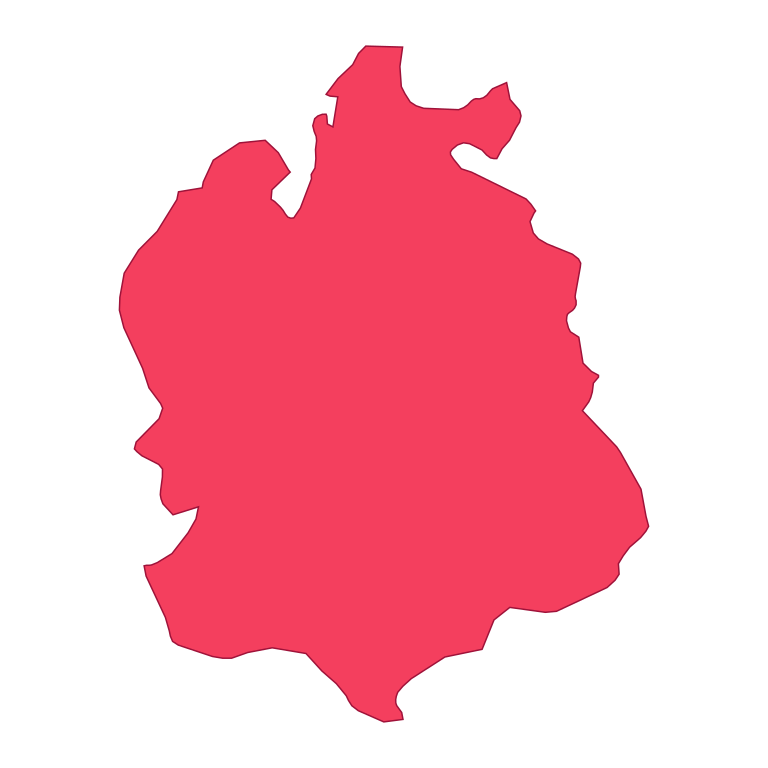 an SVG outline of Zürich
{"feature_id": "CHE-176", "entity_name": "Zürich", "entity_type": "Canton", "adm_level": 1, "iso_a3": "CHE", "parent_name": "Switzerland", "parent_adm1": "", "projection": "orthographic", "projection_center": [8.664, 47.43], "detail": "fine", "context": "isolated", "style": "filled", "palette": "rose", "viewbox_px": 768, "rotation_deg": 0, "n_neighbors": 0, "source": "natural_earth", "source_scale": "10m", "svg_char_len": 2511}
<svg xmlns="http://www.w3.org/2000/svg" viewBox="0 0 768 768"><path d="M332.9,126.9L337.8,96.8L330.0,96.1L326.1,94.4L326.2,94.2L338.1,78.5L352.7,64.7L358.6,53.4L365.8,46.1L402.6,47.1L399.9,66.5L401.3,86.6L404.9,93.7L410.2,102.0L416.1,105.8L423.7,108.3L458.6,109.7L463.7,107.7L467.7,104.9L471.3,101.1L473.8,99.3L475.9,98.7L479.5,98.9L483.3,97.8L486.8,95.3L490.6,90.7L492.6,88.7L506.6,82.6L510.0,99.4L519.7,110.7L521.0,115.9L519.5,122.2L516.0,127.7L509.5,140.3L502.1,148.7L496.8,158.6L494.0,158.6L490.5,157.9L486.6,155.0L482.0,150.0L469.6,143.7L463.5,142.8L457.4,145.0L452.2,149.3L450.4,152.0L450.6,154.8L453.6,159.3L461.3,168.8L471.6,172.2L526.1,199.0L530.9,204.2L535.6,210.9L534.0,213.1L530.0,221.6L533.3,233.0L538.4,238.9L547.0,243.9L572.4,254.2L578.5,259.0L580.7,263.2L580.3,267.0L575.5,293.7L575.1,296.7L575.5,299.1L576.1,300.7L576.1,302.4L576.1,304.8L574.5,308.1L572.7,310.2L568.9,312.9L567.4,314.4L566.8,316.7L566.5,320.8L568.5,328.1L570.4,331.8L578.8,337.2L583.0,363.1L591.5,371.5L598.5,375.3L598.5,377.1L593.4,383.1L592.3,392.0L590.7,397.6L588.8,401.8L582.4,410.7L616.7,446.9L620.4,452.4L641.0,489.2L646.0,516.3L648.6,526.3L645.9,531.2L640.6,537.6L629.6,547.2L623.2,555.8L618.4,563.7L619.1,574.2L615.1,580.2L607.1,587.5L556.5,611.3L545.3,612.3L509.8,607.4L494.0,619.9L482.1,649.3L444.9,657.0L411.3,678.6L402.8,686.3L397.7,692.3L396.3,696.3L395.7,699.6L395.8,703.0L396.7,705.6L401.7,712.5L403.0,719.4L383.8,721.9L358.3,710.7L351.9,705.8L348.5,700.5L346.3,695.8L336.4,683.7L321.9,671.0L306.0,653.5L272.2,647.8L247.7,652.5L231.6,658.2L222.7,658.2L212.5,656.5L178.3,645.1L172.6,641.4L170.4,636.2L169.3,630.9L165.4,617.4L146.1,576.1L144.1,565.8L146.5,565.3L149.1,565.3L151.4,565.0L157.1,562.7L172.0,553.6L188.1,532.8L196.0,519.0L198.5,506.8L173.0,514.8L162.9,503.8L161.1,498.9L160.3,494.8L160.6,490.7L162.4,477.0L162.5,469.0L158.7,464.4L141.9,455.8L137.0,451.7L134.4,448.9L136.2,442.0L159.1,418.7L162.7,408.2L160.6,403.5L149.0,387.9L142.6,368.3L123.9,327.8L119.4,310.2L119.9,297.2L124.2,273.2L138.6,250.1L157.2,231.4L176.9,199.6L178.5,191.8L202.2,187.9L203.3,181.9L213.3,160.2L239.5,142.9L265.2,140.3L278.3,152.7L288.4,169.9L290.2,172.1L271.9,189.8L271.1,199.3L274.6,201.5L280.5,207.2L283.1,210.4L285.3,214.0L287.8,217.1L290.8,218.2L293.8,217.9L300.4,208.1L311.5,178.9L311.2,174.5L315.0,168.0L315.9,158.5L315.5,149.5L316.6,140.8L316.2,136.4L314.2,131.5L312.8,125.7L314.7,118.7L317.8,116.0L322.3,114.3L326.1,114.2L326.8,116.2L327.4,124.0L332.9,126.9Z" fill="#f43f5e" stroke="#9f1239" stroke-width="1.5"/></svg>